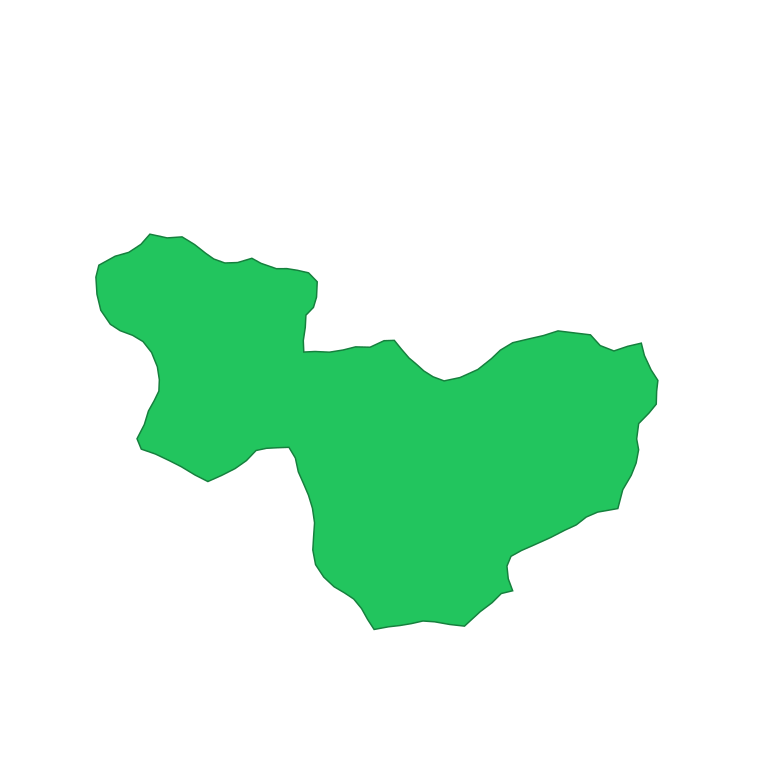 Santa Bárbara do Leste, Minas Gerais, Brazil, rotated 239°
{"feature_id": "56859067B68524836295337", "entity_name": "Santa Bárbara do Leste", "entity_type": "district", "adm_level": 2, "iso_a3": "BRA", "parent_name": "Brazil", "parent_adm1": "Minas Gerais", "projection": "orthographic", "projection_center": [-42.102, -19.952], "detail": "fine", "context": "isolated", "style": "filled", "palette": "green", "viewbox_px": 768, "rotation_deg": 239, "n_neighbors": 0, "source": "geoboundaries", "source_scale": "gbopen_adm2", "svg_char_len": 1755}
<svg xmlns="http://www.w3.org/2000/svg" viewBox="0 0 768 768"><g transform="rotate(239 384 384)"><path d="M453.2,142.4L441.7,152.0L428.9,160.5L417.4,167.7L403.2,175.2L391.1,182.8L389.2,198.6L388.2,212.8L389.2,226.6L392.9,240.1L389.4,250.2L384.5,259.4L378.7,269.9L366.2,269.9L352.8,265.3L339.9,263.7L327.6,262.0L314.4,258.7L300.8,253.0L289.5,245.1L278.4,237.5L264.4,232.3L249.6,232.9L235.9,236.8L225.4,242.5L215.3,247.3L203.0,249.1L190.8,248.7L178.7,249.1L173.6,262.7L168.8,273.2L164.5,284.1L160.8,295.3L154.1,304.9L144.0,316.5L135.0,328.3L139.3,349.1L140.9,364.1L144.0,376.6L140.5,387.8L153.1,390.2L164.6,395.6L170.9,404.1L170.5,416.0L168.5,431.7L166.6,447.9L165.6,463.4L164.2,476.3L165.8,488.8L164.2,501.0L160.5,510.6L156.8,520.3L170.4,534.2L178.4,548.9L186.4,559.4L196.5,568.4L206.8,572.3L218.9,581.9L222.6,596.1L226.5,607.0L237.4,614.0L246.0,620.6L258.5,620.2L274.4,621.9L286.5,625.6L290.8,612.3L293.9,598.1L305.6,589.1L319.8,586.3L328.8,574.7L339.9,560.5L343.4,545.6L347.7,532.5L353.1,515.6L353.1,501.2L350.4,489.2L348.1,471.9L350.4,452.4L355.7,437.1L365.0,429.7L374.6,424.9L384.1,422.0L393.5,418.8L405.3,416.8L416.1,415.3L421.1,406.3L422.7,391.0L430.5,378.7L434.2,366.5L439.4,353.6L447.4,341.6L452.7,331.7L462.8,337.2L473.1,345.7L483.2,352.5L486.0,363.0L493.2,370.9L506.0,379.4L518.1,376.6L526.1,368.3L532.9,360.2L538.2,351.2L550.8,340.7L559.8,335.5L563.5,321.1L569.7,309.9L578.8,302.5L587.8,298.5L601.0,293.5L614.1,286.7L620.9,273.4L633.0,260.5L628.9,247.6L628.3,233.0L632.0,219.4L632.7,200.8L624.0,192.1L608.8,184.2L593.0,179.2L576.1,180.2L565.6,185.3L555.2,193.6L544.5,199.3L530.7,201.0L515.5,198.6L503.3,193.6L493.9,187.4L488.1,178.5L482.2,168.2L472.7,157.7L464.3,144.1L453.2,142.4Z" fill="#22c55e" stroke="#15803d" stroke-width="1.5"/></g></svg>